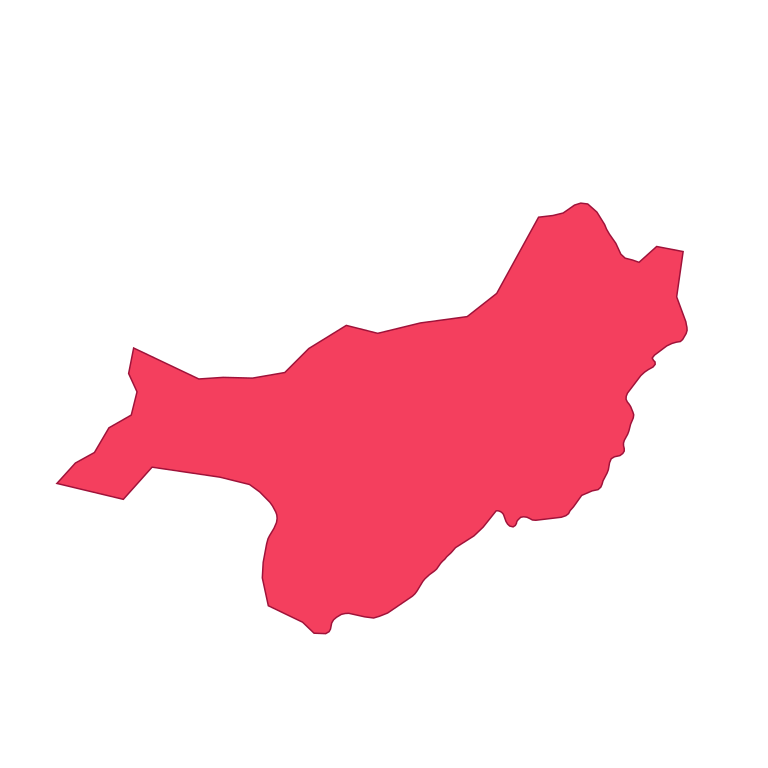 map outline of Pita (orthographic projection), rotated 207°
{"feature_id": "GIN-5656", "entity_name": "Pita", "entity_type": "Prefecture", "adm_level": 1, "iso_a3": "GIN", "parent_name": "Guinea", "parent_adm1": "", "projection": "orthographic", "projection_center": [-12.737, 10.896], "detail": "fine", "context": "isolated", "style": "filled", "palette": "rose", "viewbox_px": 768, "rotation_deg": 207, "n_neighbors": 0, "source": "natural_earth", "source_scale": "10m", "svg_char_len": 2127}
<svg xmlns="http://www.w3.org/2000/svg" viewBox="0 0 768 768"><g transform="rotate(207 384 384)"><path d="M552.9,204.6L563.9,162.9L630.3,146.9L623.1,173.5L610.9,191.5L609.2,220.1L595.1,241.6L600.5,264.9L616.3,277.4L623.4,302.4L551.3,304.4L530.3,316.9L503.9,329.5L477.6,349.2L467.1,381.5L444.2,419.1L412.6,426.3L379.2,455.0L340.5,481.8L324.7,515.9L322.0,602.8L310.0,610.8L302.0,617.7L295.5,629.9L290.8,634.5L284.2,636.9L272.3,633.8L259.9,626.3L255.9,622.9L251.1,619.8L241.3,614.6L231.9,607.2L226.3,605.6L218.8,607.3L212.0,608.2L203.5,630.3L177.6,637.8L162.8,594.5L143.3,576.5L141.6,574.2L139.8,572.0L138.3,569.4L137.7,566.1L138.1,559.2L139.2,556.4L142.5,554.0L145.9,550.8L149.3,546.4L156.1,532.5L156.8,528.9L154.6,527.4L152.5,526.7L151.3,524.6L152.0,521.3L155.0,516.9L157.2,512.9L159.0,508.1L162.9,486.5L162.6,483.0L161.4,480.3L159.1,478.5L156.4,477.3L153.8,475.7L149.4,471.9L147.5,469.9L146.5,466.9L146.0,460.0L144.5,453.5L144.1,450.0L144.3,443.1L143.8,440.1L142.5,437.7L140.7,435.6L139.5,433.3L139.7,430.5L141.3,427.3L145.6,423.8L147.6,420.6L147.3,416.3L145.2,409.6L144.8,405.9L144.9,397.2L144.2,393.7L144.0,390.5L145.3,387.1L150.0,383.3L157.3,374.5L159.4,360.6L160.7,355.7L160.7,352.3L162.2,349.2L165.5,345.8L186.9,331.5L190.1,330.2L193.0,330.3L196.2,330.2L199.3,329.1L201.7,327.3L202.9,323.8L203.2,322.3L203.1,321.2L202.7,319.9L202.8,317.6L204.1,315.3L207.5,314.5L210.3,315.3L212.9,316.9L218.1,321.8L218.7,322.2L220.0,322.8L222.2,323.2L224.5,322.9L225.9,322.3L226.5,321.8L230.7,301.4L234.9,289.5L246.0,270.7L247.6,264.2L249.7,258.6L250.3,255.5L251.4,252.7L252.2,249.7L253.1,243.0L254.2,240.2L256.9,234.9L259.1,229.0L259.8,225.7L260.6,214.6L261.2,211.1L262.3,208.0L276.8,181.6L282.6,175.0L287.0,170.8L295.4,167.8L311.3,163.7L314.4,161.9L317.4,159.4L320.4,154.6L321.9,151.0L322.1,147.3L320.4,141.3L320.5,138.4L322.6,135.1L333.2,130.2L348.4,134.8L386.4,133.9L394.3,143.6L404.4,156.0L410.7,170.3L416.0,188.3L417.1,193.5L417.1,197.0L416.5,205.5L416.9,211.8L418.2,215.7L420.1,218.7L422.3,220.8L427.9,224.7L431.9,226.8L445.7,231.4L458.2,233.4L487.9,226.5L552.9,204.6Z" fill="#f43f5e" stroke="#9f1239" stroke-width="1.5"/></g></svg>